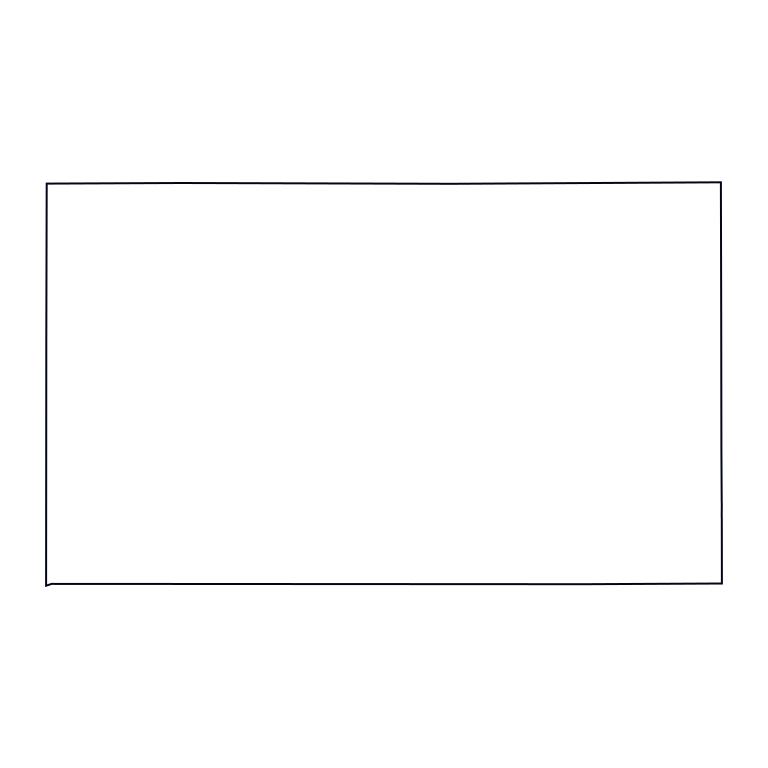 outline of Harvey, Kansas, United States of America
{"feature_id": "52423323B99569096739159", "entity_name": "Harvey", "entity_type": "district", "adm_level": 2, "iso_a3": "USA", "parent_name": "United States of America", "parent_adm1": "Kansas", "projection": "natural_earth1", "projection_center": [-97.372, 38.043], "detail": "fine", "context": "isolated", "style": "outline", "palette": "ink", "viewbox_px": 768, "rotation_deg": 0, "n_neighbors": 0, "source": "geoboundaries", "source_scale": "gbopen_adm2", "svg_char_len": 314}
<svg xmlns="http://www.w3.org/2000/svg" viewBox="0 0 768 768"><path d="M46.7,183.6L46.3,339.2L46.1,585.7L51.6,583.9L585.8,584.2L721.9,583.5L721.8,517.3L721.7,516.4L721.8,503.6L721.7,501.4L721.4,449.3L721.2,315.5L720.9,182.3L452.2,183.8L181.4,183.0L46.7,183.6Z" fill="none" stroke="#020617" stroke-width="2"/></svg>